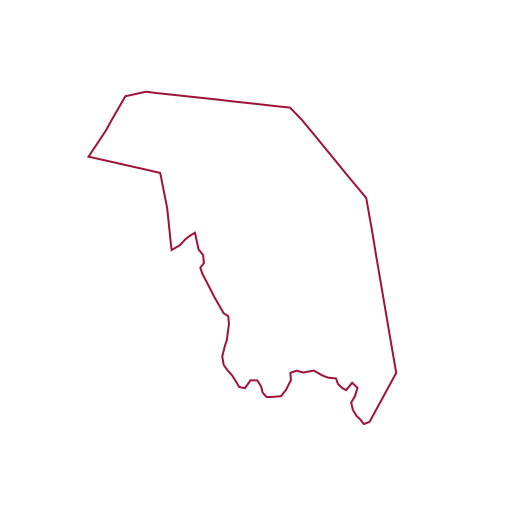 Pombos, Pernambuco, Brazil, rotated 340°
{"feature_id": "56859067B12848074206663", "entity_name": "Pombos", "entity_type": "district", "adm_level": 2, "iso_a3": "BRA", "parent_name": "Brazil", "parent_adm1": "Pernambuco", "projection": "natural_earth1", "projection_center": [-35.406, -8.189], "detail": "fine", "context": "isolated", "style": "outline", "palette": "rose", "viewbox_px": 512, "rotation_deg": 340, "n_neighbors": 0, "source": "geoboundaries", "source_scale": "gbopen_adm2", "svg_char_len": 1190}
<svg xmlns="http://www.w3.org/2000/svg" viewBox="0 0 512 512"><g transform="rotate(340 256 256)"><path d="M194.2,367.0L195.4,373.4L200.5,376.4L208.3,370.9L214.7,373.4L216.2,380.7L215.5,386.5L217.6,392.0L222.0,393.7L231.5,396.3L238.5,392.0L242.6,388.1L246.4,384.6L248.3,377.6L254.8,377.6L260.6,381.7L271.1,383.4L277.8,391.3L282.4,395.1L289.3,398.4L289.3,404.3L291.7,409.3L294.8,412.9L303.0,408.0L306.3,414.6L301.1,421.5L295.3,426.3L294.4,433.8L295.8,440.7L298.2,445.5L299.9,450.8L306.0,450.7L347.8,413.8L353.1,384.2L369.5,294.1L373.4,273.5L379.4,239.2L369.4,211.4L365.5,200.1L352.4,162.7L345.6,143.6L338.7,128.2L321.7,119.9L311.2,114.6L307.1,112.6L288.9,103.7L273.7,96.0L260.6,89.6L220.2,69.8L208.8,64.0L193.0,61.9L187.9,61.2L167.4,78.4L158.2,86.5L132.6,105.4L182.9,137.7L194.4,145.2L188.9,180.6L186.5,190.3L180.7,213.3L178.8,221.5L188.2,219.8L195.4,216.1L201.4,214.2L206.6,213.3L205.2,223.4L204.3,230.1L206.6,237.1L204.6,244.9L199.7,247.9L199.5,254.3L200.4,261.0L201.4,268.7L202.1,274.6L202.9,280.8L206.0,298.6L209.3,303.2L207.4,310.5L203.3,318.3L199.9,324.9L195.9,330.0L189.9,338.9L188.4,347.3L189.9,352.8L192.8,360.3L194.2,367.0Z" fill="none" stroke="#9f1239" stroke-width="2"/></g></svg>